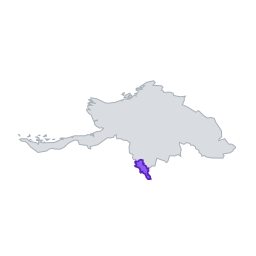 location of Tachileik, Shan, Myanmar, rotated 95°
{"feature_id": "60261553B30441775870549", "entity_name": "Tachileik", "entity_type": "district", "adm_level": 2, "iso_a3": "MMR", "parent_name": "Myanmar", "parent_adm1": "Shan", "projection": "mercator", "projection_center": [100.149, 21.048], "detail": "fine", "context": "in_parent", "style": "filled", "palette": "violet", "viewbox_px": 256, "rotation_deg": 95, "n_neighbors": 0, "source": "geoboundaries", "source_scale": "gbopen_adm2", "svg_char_len": 7188}
<svg xmlns="http://www.w3.org/2000/svg" viewBox="0 0 256 256"><g transform="rotate(95 128 128)"><path d="M165.8,118.0L163.3,116.8L161.4,117.9L158.5,117.5L158.8,120.0L157.2,120.8L154.3,120.6L152.6,124.4L146.6,125.3L142.7,124.6L140.5,128.0L140.4,131.8L139.3,134.1L139.7,138.1L137.2,139.2L135.7,138.9L136.5,140.8L138.5,141.6L139.7,145.7L139.3,147.3L147.3,156.7L149.8,164.1L151.7,163.1L152.3,163.8L151.5,165.8L149.0,167.3L148.6,175.0L144.6,176.9L144.7,179.5L145.2,181.3L148.8,186.5L152.8,190.0L155.0,193.8L155.4,199.2L154.9,201.5L155.9,204.8L157.9,206.9L160.2,215.5L155.6,223.1L150.8,228.0L150.2,233.3L148.7,235.0L148.0,233.4L147.6,227.9L149.9,224.4L150.7,217.6L152.1,216.2L151.4,215.5L149.5,216.0L150.2,210.5L149.1,210.3L150.0,209.1L148.8,200.0L145.2,193.6L144.7,190.8L144.2,194.5L143.7,193.8L143.6,188.7L141.5,183.2L141.8,182.7L142.7,183.2L141.8,181.9L141.1,182.2L140.5,180.8L139.4,169.3L138.0,167.6L138.5,162.6L139.5,161.4L135.7,161.9L133.9,157.6L133.8,155.3L129.9,151.8L130.6,152.9L129.9,154.1L130.6,156.1L129.0,159.7L127.4,161.4L125.3,162.1L123.7,161.0L123.3,159.1L122.7,159.1L124.2,162.8L118.0,165.9L117.1,168.1L113.9,171.0L112.9,170.6L113.4,166.7L111.6,169.8L109.0,169.9L108.5,165.8L107.4,168.2L105.9,168.9L106.4,162.0L106.0,164.0L103.5,166.8L101.1,167.7L101.6,161.9L104.9,152.9L105.1,149.9L103.4,142.6L100.5,136.5L101.4,136.4L99.4,134.6L99.2,130.0L98.0,131.7L97.9,134.5L95.4,133.0L93.1,129.1L94.1,128.7L96.8,130.6L98.3,129.5L98.7,128.2L94.4,124.3L95.5,122.7L94.1,122.8L90.5,120.9L89.4,121.2L89.9,122.9L89.1,123.4L87.7,120.8L88.8,119.6L87.9,119.6L88.4,117.3L88.1,117.0L86.4,119.9L85.4,119.3L86.5,117.7L86.1,116.9L84.5,115.1L84.7,118.3L80.9,113.3L78.7,106.6L80.4,104.8L83.3,106.8L83.0,98.5L84.3,96.7L87.3,98.2L88.2,96.1L89.4,95.5L88.6,89.7L89.5,86.0L91.5,85.3L92.0,82.3L92.3,78.2L91.3,73.6L93.1,74.7L95.2,74.3L100.1,75.9L101.9,70.5L106.4,61.8L104.7,59.7L105.0,58.5L109.0,53.9L111.1,49.7L110.2,46.0L111.0,42.9L114.7,41.0L122.7,34.7L128.6,33.9L131.1,36.3L132.7,36.5L130.2,30.7L135.2,26.4L135.1,22.9L137.5,19.2L138.8,19.4L140.0,21.2L141.3,21.2L143.6,23.8L145.8,31.2L147.5,29.8L149.7,30.9L150.6,41.7L150.0,47.9L148.7,49.3L149.7,51.9L147.6,52.8L146.2,55.2L144.1,55.4L142.6,58.8L140.6,59.3L139.4,61.9L139.7,63.9L138.0,65.1L137.4,68.5L138.9,69.8L139.3,71.7L137.8,75.5L139.1,75.6L144.9,73.1L148.9,73.6L151.7,72.9L150.0,75.5L151.7,78.9L152.0,84.1L158.1,85.5L159.1,86.8L157.7,88.4L155.6,96.7L163.6,97.9L163.8,101.1L165.5,102.2L165.7,104.0L166.8,104.6L171.1,104.5L173.6,102.3L176.9,101.4L177.0,103.2L176.3,104.5L172.8,106.3L170.3,110.1L170.2,110.9L171.3,111.7L167.2,113.2L165.8,118.0ZM95.5,126.9L98.1,128.4L97.6,129.5L96.0,129.6L94.8,127.6L95.5,126.9ZM146.0,205.4L147.6,207.7L146.0,209.3L146.0,205.4ZM95.3,137.0L94.0,136.1L93.1,134.9L95.9,134.9L95.3,137.0ZM148.3,215.2L148.3,218.2L147.3,217.9L146.7,215.4L148.3,215.2ZM104.9,167.6L103.2,169.6L102.9,167.9L105.3,165.5L104.9,167.6ZM137.9,165.0L136.8,164.4L136.7,162.6L137.5,162.1L138.1,162.9L137.9,165.0ZM145.0,218.9L144.7,217.9L145.8,215.5L145.6,217.6L145.0,218.9ZM144.4,224.5L145.7,226.7L145.5,227.2L144.2,225.4L143.4,225.5L144.4,224.5ZM149.2,213.5L147.7,214.2L147.6,212.1L149.2,213.5ZM145.7,234.8L143.8,236.8L144.1,235.7L145.7,234.8ZM87.3,121.2L88.0,123.7L86.8,120.7L87.3,121.2ZM146.0,200.7L145.9,202.6L145.4,199.6L146.0,200.7ZM93.1,123.0L93.3,124.6L92.2,122.3L93.1,123.0ZM144.0,211.4L142.9,210.5L143.3,209.8L143.9,209.9L144.0,211.4ZM143.3,208.7L142.6,209.9L141.9,209.2L142.4,208.6L143.3,208.7ZM143.4,216.0L143.4,217.1L142.6,214.6L143.4,216.0ZM107.5,169.9L106.7,169.9L107.8,168.6L107.9,169.1L107.5,169.9ZM148.5,224.7L147.8,224.5L148.3,223.3L148.5,224.7Z" fill="#d9dde1" stroke="#a8b0b8" stroke-width="1"/><path d="M158.7,110.3L158.6,110.5L158.6,110.8L158.7,111.1L158.6,111.3L158.5,111.5L158.7,111.8L158.4,112.0L158.4,112.3L158.4,112.5L158.6,112.8L158.6,113.0L158.8,113.3L158.9,113.5L159.0,114.0L159.5,114.1L159.7,114.4L160.0,114.6L160.3,114.8L160.4,115.0L160.6,115.4L160.5,115.5L160.4,115.9L160.5,115.9L160.7,116.0L160.8,115.9L160.9,116.0L160.9,116.3L160.9,116.5L161.0,116.7L161.0,116.9L160.8,117.0L160.6,117.1L160.5,117.3L160.5,117.5L160.4,117.5L160.3,117.8L160.4,117.7L160.6,117.7L160.7,117.9L160.8,117.9L160.9,118.0L161.0,118.0L161.2,117.9L161.3,117.9L161.4,117.7L161.5,117.6L161.8,117.8L161.9,117.7L162.0,117.8L162.4,117.8L162.5,117.6L162.6,117.4L162.7,117.2L162.8,116.9L163.0,116.5L163.3,116.5L163.6,116.5L163.9,116.4L164.0,116.3L164.2,116.5L164.3,116.7L164.3,116.8L164.5,116.8L164.8,117.0L165.0,117.1L165.2,117.3L165.3,117.3L165.3,117.2L165.3,117.3L165.3,117.5L165.4,117.4L165.8,117.0L165.8,116.8L165.7,116.7L165.8,116.6L165.9,116.3L165.8,116.0L166.0,115.9L166.0,115.7L166.2,115.0L166.3,114.8L166.3,114.5L166.4,114.1L166.5,114.0L166.6,113.9L166.7,113.6L166.9,113.4L167.1,113.2L167.2,112.9L167.3,112.9L167.6,112.6L167.9,112.6L168.1,112.5L168.3,112.4L168.4,112.1L168.8,112.0L169.1,112.0L169.5,112.1L169.9,112.2L170.2,112.2L170.5,112.1L170.8,112.0L171.0,112.0L171.1,111.9L171.3,111.7L171.6,111.4L171.5,111.2L171.1,111.3L170.8,111.4L170.7,111.4L170.6,111.5L170.4,111.5L170.2,111.5L170.1,111.4L170.1,111.2L170.2,110.8L170.2,110.7L170.3,110.3L170.5,110.2L170.5,109.9L170.4,109.7L170.5,109.7L170.9,109.7L171.0,109.7L171.2,109.4L171.3,109.3L171.5,109.2L171.5,108.9L171.6,108.7L171.8,108.6L171.9,108.3L172.0,108.1L172.1,107.9L172.1,107.4L172.3,107.0L172.3,106.9L172.3,106.7L172.4,106.4L172.5,106.3L172.8,106.4L173.0,106.5L173.3,106.6L173.6,106.4L174.0,106.2L174.2,105.9L174.3,105.9L174.5,105.8L174.6,105.7L174.9,105.5L175.2,105.4L175.4,105.5L175.5,105.4L175.6,105.2L175.8,105.0L175.8,104.9L176.0,104.7L176.4,104.6L176.6,104.4L176.8,104.1L177.0,104.0L177.0,103.9L177.1,103.6L177.0,103.3L177.0,103.1L177.3,103.0L177.3,102.9L177.2,102.7L177.2,102.4L177.1,102.1L176.9,102.1L176.8,101.9L176.7,101.9L176.7,101.6L176.6,101.2L176.8,100.9L176.7,100.9L176.4,100.9L176.3,101.0L176.2,101.0L175.7,101.5L175.4,101.7L175.2,101.7L175.1,101.8L174.8,101.8L174.7,101.9L174.4,101.9L174.5,101.9L174.5,102.0L174.4,102.0L174.4,101.9L174.2,102.0L174.1,101.9L173.9,102.2L173.7,102.4L173.7,102.5L173.4,102.7L173.2,102.9L173.1,103.3L172.9,103.3L172.9,103.5L172.8,103.4L172.7,103.5L172.6,103.8L172.4,104.0L172.2,103.9L172.1,104.0L171.9,104.1L171.9,104.3L171.6,104.3L171.3,104.4L171.2,104.5L170.9,104.7L170.6,104.6L170.3,104.5L170.1,104.5L169.9,104.6L169.7,104.6L169.6,104.4L169.5,104.2L169.4,104.0L169.3,103.9L169.2,103.7L168.9,103.7L168.8,103.8L168.7,103.9L168.3,103.8L168.2,103.8L168.1,104.1L167.9,104.2L167.8,104.3L167.6,104.4L167.4,104.4L167.2,104.5L167.0,104.4L166.9,104.3L166.8,104.2L166.5,103.9L166.4,103.9L166.3,104.3L166.3,104.5L166.5,104.7L166.6,104.8L166.7,104.7L166.8,104.8L166.9,105.0L166.9,105.3L167.0,105.3L166.9,105.5L166.7,105.6L166.2,105.9L165.9,106.0L165.7,106.0L165.4,106.1L165.2,106.2L165.2,106.3L164.9,106.4L164.8,106.6L164.6,106.6L164.4,106.8L164.1,106.9L164.1,107.0L164.1,107.3L163.9,107.5L163.7,108.0L163.6,108.4L163.4,108.5L163.5,108.8L163.4,108.9L163.4,109.2L163.3,109.3L163.2,109.4L163.1,109.5L163.0,109.9L162.9,110.0L162.7,110.1L162.4,110.0L162.3,109.9L162.1,109.6L161.9,109.6L161.8,109.4L161.7,109.5L161.6,109.3L161.3,109.7L161.2,109.8L160.8,110.1L160.5,110.3L160.2,110.3L158.7,110.3Z" fill="#8b5cf6" stroke="#5b21b6" stroke-width="1.5"/></g></svg>